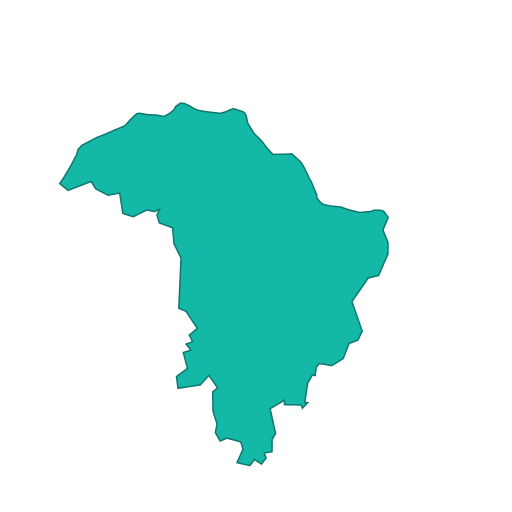 the district of Tetovo, Tetovo, North Macedonia, rotated 60°
{"feature_id": "65306769B82420997238505", "entity_name": "Tetovo", "entity_type": "district", "adm_level": 2, "iso_a3": "MKD", "parent_name": "North Macedonia", "parent_adm1": "Tetovo", "projection": "orthographic", "projection_center": [20.883, 42.045], "detail": "fine", "context": "isolated", "style": "filled", "palette": "teal", "viewbox_px": 512, "rotation_deg": 60, "n_neighbors": 0, "source": "geoboundaries", "source_scale": "gbopen_adm2", "svg_char_len": 1857}
<svg xmlns="http://www.w3.org/2000/svg" viewBox="0 0 512 512"><g transform="rotate(60 256 256)"><path d="M331.6,389.7L339.8,368.6L335.8,356.5L351.0,355.2L352.0,361.4L368.9,370.8L382.1,373.8L388.6,379.5L398.3,379.6L399.2,372.3L409.3,362.1L416.9,364.0L425.5,375.8L434.4,366.1L431.5,359.1L438.9,355.4L436.0,348.2L430.7,347.4L433.5,340.0L423.0,333.8L419.5,327.8L395.3,320.1L395.1,303.5L398.9,305.7L407.6,291.4L411.0,291.9L408.9,284.6L407.3,287.0L392.0,274.9L387.2,266.6L389.1,264.6L382.6,259.5L380.8,254.9L388.8,245.2L388.4,231.8L378.3,219.2L379.8,209.9L374.2,201.6L343.4,195.7L331.2,169.8L334.2,159.6L320.1,140.6L310.2,134.9L296.9,133.1L288.7,122.2L281.0,123.1L278.6,125.3L275.3,130.9L275.0,133.9L270.2,144.4L262.4,152.5L255.6,158.5L250.7,165.5L249.7,166.8L245.5,171.4L244.3,172.2L242.5,173.1L240.5,173.6L235.9,174.2L234.0,173.2L233.3,172.8L220.8,171.2L218.4,171.0L216.2,171.1L204.5,170.1L197.6,170.1L185.4,173.9L183.6,177.6L181.9,180.8L176.5,190.5L173.1,191.4L168.2,192.5L160.4,193.4L155.5,194.5L150.5,196.1L147.5,196.5L136.8,196.7L133.1,195.5L130.5,194.6L128.2,194.2L126.9,194.2L124.6,195.1L117.1,201.9L116.1,207.8L116.3,208.9L114.5,215.8L107.1,225.7L101.1,233.1L98.1,235.5L92.6,238.6L88.8,241.2L87.7,242.3L85.9,244.8L86.2,250.2L86.8,251.5L88.4,253.9L89.3,259.7L89.2,265.9L84.2,271.7L82.0,275.2L79.7,278.8L74.0,285.7L73.3,287.8L73.4,289.8L75.1,296.5L77.7,304.6L76.3,314.7L75.2,325.4L73.8,334.5L73.4,343.4L73.1,351.2L74.6,356.6L78.5,360.6L85.6,371.8L91.9,383.1L94.6,388.7L95.1,389.8L105.2,386.0L109.0,361.5L117.8,361.2L129.4,353.7L133.3,342.6L152.6,350.0L160.6,342.7L161.5,327.6L166.9,321.5L167.2,316.1L171.0,321.3L179.0,323.2L189.9,314.1L204.1,320.8L220.4,322.0L262.7,349.0L268.8,344.3L289.4,343.0L291.1,353.3L298.5,353.8L297.3,360.6L305.0,359.4L303.2,367.2L319.1,371.6L320.6,385.1L331.6,389.7Z" fill="#14b8a6" stroke="#0f766e" stroke-width="1.5"/></g></svg>